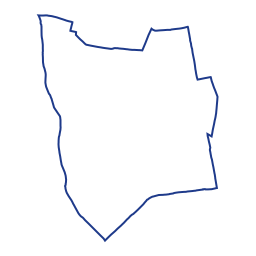 Wang Thonglang, Bangkok Metropolis, Thailand (Albers equal-area conic projection)
{"feature_id": "78962969B59221573730573", "entity_name": "Wang Thonglang", "entity_type": "district", "adm_level": 2, "iso_a3": "THA", "parent_name": "Thailand", "parent_adm1": "Bangkok Metropolis", "projection": "albers", "projection_center": [100.609, 13.777], "detail": "fine", "context": "isolated", "style": "outline", "palette": "blue", "viewbox_px": 256, "rotation_deg": 0, "n_neighbors": 0, "source": "geoboundaries", "source_scale": "gbopen_adm2", "svg_char_len": 5146}
<svg xmlns="http://www.w3.org/2000/svg" viewBox="0 0 256 256"><path d="M151.5,28.7L149.7,32.6L148.6,34.9L146.8,39.5L145.3,43.3L142.3,50.4L139.2,50.1L138.3,50.1L136.6,50.0L134.8,49.9L133.3,49.9L132.2,49.9L131.6,49.8L130.5,49.7L129.5,49.6L127.5,49.3L126.3,49.2L124.8,49.0L123.2,48.8L121.8,48.7L119.4,48.5L118.3,48.3L118.1,48.3L117.7,48.2L116.6,48.2L114.8,48.1L114.3,48.2L114.0,48.2L113.8,48.3L113.4,48.5L112.9,48.6L112.5,48.7L112.1,48.8L111.8,48.9L111.3,48.9L110.9,48.9L110.3,48.8L108.8,48.6L107.4,48.4L105.0,48.1L102.4,47.7L100.8,47.4L98.1,47.0L95.9,46.6L93.3,46.1L91.1,45.7L88.7,45.2L87.3,44.9L86.6,44.8L86.2,44.6L85.9,44.5L85.7,44.4L85.4,44.1L84.9,43.7L84.2,43.0L82.7,41.5L80.2,39.3L78.6,37.7L75.9,34.9L76.1,32.1L75.8,32.0L75.0,31.8L72.0,31.2L70.4,30.8L70.6,29.6L71.0,28.2L71.4,26.4L71.9,24.5L72.3,23.1L72.4,22.2L72.1,22.1L71.7,21.9L68.6,21.2L68.3,21.1L66.8,20.7L66.1,20.5L65.4,20.2L65.1,20.1L64.8,20.0L64.2,19.8L63.6,19.6L63.0,19.4L61.8,19.0L61.1,18.8L58.7,18.0L57.5,17.6L57.3,17.5L57.2,17.5L55.4,17.0L53.1,16.5L53.0,16.4L50.9,16.0L50.7,16.0L50.0,15.9L49.7,15.9L49.4,15.8L49.0,15.8L47.9,15.6L47.1,15.4L46.8,15.4L46.0,15.4L45.4,15.4L43.7,15.5L43.0,15.5L41.9,15.5L40.3,15.5L38.5,15.4L38.8,15.9L39.7,18.1L40.3,19.8L40.6,20.8L40.7,21.3L40.6,22.5L40.6,22.9L40.7,23.5L40.8,23.9L40.9,24.1L41.0,24.3L41.2,24.6L41.3,24.8L41.4,26.2L41.5,26.5L41.5,28.2L41.5,30.3L41.6,35.4L41.8,37.4L41.9,38.0L42.1,38.9L42.3,40.1L42.8,44.8L42.8,48.5L42.9,51.2L42.7,52.1L42.8,53.8L42.7,54.1L42.9,57.5L43.0,62.2L43.1,62.9L43.5,65.4L43.6,66.2L44.5,68.6L45.3,71.9L45.4,72.1L45.7,74.2L45.7,75.8L45.5,79.1L45.4,82.0L45.4,82.8L45.6,83.9L45.8,85.1L46.1,86.6L46.4,87.4L47.7,90.7L48.9,93.6L49.0,93.8L49.4,94.2L49.8,94.7L50.0,95.0L50.2,95.4L51.1,97.9L51.5,98.6L51.8,99.7L52.8,103.1L53.7,106.2L53.8,106.8L54.3,107.9L55.3,109.4L57.8,113.1L59.8,116.0L60.1,116.8L60.2,117.5L60.4,119.3L60.5,119.9L60.5,121.3L60.5,124.7L60.5,124.8L60.5,125.2L60.5,125.7L60.6,127.5L60.4,129.9L59.9,132.4L59.5,134.8L59.5,135.1L58.9,137.0L58.8,137.8L58.6,140.7L58.6,141.4L58.6,142.3L58.5,144.1L58.7,147.2L59.2,150.4L59.4,151.8L59.5,152.8L60.1,155.9L60.2,156.4L60.8,160.3L61.5,164.1L61.5,164.4L62.0,165.8L63.1,168.4L64.7,172.3L65.0,173.4L65.6,175.5L65.8,176.9L66.0,178.9L66.1,179.3L66.1,179.8L66.0,181.3L66.0,181.5L65.9,182.7L65.6,184.1L65.7,184.8L65.3,185.5L65.2,185.6L65.1,186.0L65.1,186.3L65.3,186.9L65.4,187.0L65.4,187.4L65.5,188.6L66.1,191.0L66.3,191.6L66.8,192.9L68.7,196.2L71.1,199.8L71.3,200.1L72.2,201.7L73.3,204.0L73.7,204.6L75.2,207.4L78.5,213.4L78.9,213.9L79.3,214.5L80.0,215.3L80.9,216.3L81.2,216.5L82.6,217.5L82.9,217.7L83.2,218.0L85.0,220.1L85.6,220.7L88.3,223.3L91.7,226.7L93.4,228.4L100.5,235.5L103.6,238.5L105.0,240.6L108.6,237.0L111.3,234.4L112.7,233.2L115.2,231.0L117.4,228.8L118.4,227.9L121.0,225.6L122.2,224.4L123.8,222.9L126.3,220.2L126.8,219.6L128.3,218.3L129.8,216.7L130.0,216.4L131.8,214.8L133.4,213.9L133.7,213.6L134.3,213.0L135.6,211.9L136.3,211.2L137.6,210.0L138.8,208.8L139.6,208.0L142.0,205.6L143.1,204.5L143.3,204.3L144.2,203.2L144.3,203.0L144.4,202.9L145.8,201.3L145.9,201.2L146.1,201.0L146.2,200.9L147.1,199.7L147.5,199.5L148.1,199.3L149.0,198.5L149.1,198.4L150.7,197.5L152.1,196.8L152.3,196.7L152.6,196.6L152.9,196.6L158.8,195.0L161.5,194.9L162.5,194.9L164.4,194.7L166.1,194.6L167.6,194.4L169.2,194.2L169.5,194.0L172.9,193.5L173.2,193.4L173.4,193.4L174.1,193.0L176.5,192.6L178.7,192.3L181.0,192.1L183.7,191.9L183.9,191.9L184.1,191.9L185.0,191.9L186.6,191.7L187.4,191.5L188.5,191.4L190.6,191.2L191.7,191.1L192.6,191.0L194.1,190.8L195.3,190.7L195.5,190.7L196.5,190.4L200.1,189.9L202.3,189.6L202.6,189.6L202.6,189.4L202.8,189.3L204.9,189.1L205.0,189.1L205.1,189.3L205.5,189.4L207.9,189.4L208.0,189.4L211.2,189.2L211.6,189.2L214.7,188.5L216.3,188.1L216.9,188.0L216.1,183.3L215.7,180.9L215.2,178.0L215.2,177.4L215.0,176.2L214.8,174.7L214.5,173.4L214.0,170.6L213.4,167.2L212.8,164.4L212.5,162.7L212.1,160.5L211.9,159.4L211.6,158.6L211.2,157.2L210.9,155.3L210.7,154.4L210.3,152.0L209.9,150.2L209.9,149.6L209.9,149.4L210.3,147.7L209.7,144.7L208.9,141.5L208.4,138.9L207.7,136.1L207.5,134.0L209.1,134.9L211.6,136.4L212.2,133.4L212.8,129.8L213.7,125.7L214.1,123.8L214.7,120.6L215.3,118.1L215.6,116.5L216.0,113.9L216.1,113.6L216.2,112.4L216.6,108.2L216.9,104.5L217.1,102.3L217.3,100.0L217.4,98.3L217.5,97.3L217.5,97.1L217.5,96.9L217.5,96.6L217.4,96.4L217.1,95.5L216.4,93.7L215.8,92.1L215.0,90.0L214.1,87.9L213.2,85.4L212.8,84.1L212.3,82.8L212.0,81.9L211.7,81.1L211.4,79.9L210.8,77.3L210.7,77.1L209.3,77.3L206.8,77.8L205.1,78.1L200.2,79.1L197.6,79.6L196.9,77.4L196.1,73.5L195.7,70.8L195.4,69.4L195.1,66.8L194.8,64.5L194.3,61.3L194.0,59.7L193.6,57.8L193.0,54.8L192.6,52.8L192.2,49.8L192.1,48.8L191.9,48.4L191.3,46.1L191.2,45.8L191.2,45.3L191.0,43.9L191.0,43.5L190.5,41.9L190.1,40.4L190.1,39.7L190.1,39.3L190.1,39.1L189.8,37.6L189.6,36.4L189.1,33.6L188.8,32.1L188.3,29.1L187.9,27.0L187.8,26.8L187.6,26.8L184.3,27.7L181.4,28.3L179.4,28.6L177.4,28.8L176.5,28.9L174.7,29.1L172.3,29.4L171.4,29.5L170.6,29.8L170.4,29.9L170.2,29.9L166.9,29.9L162.8,30.2L159.5,30.4L156.5,30.7L155.2,30.7L154.9,30.6L153.7,30.1L153.0,29.8L152.0,29.1L151.5,28.7Z" fill="none" stroke="#1e3a8a" stroke-width="2"/></svg>